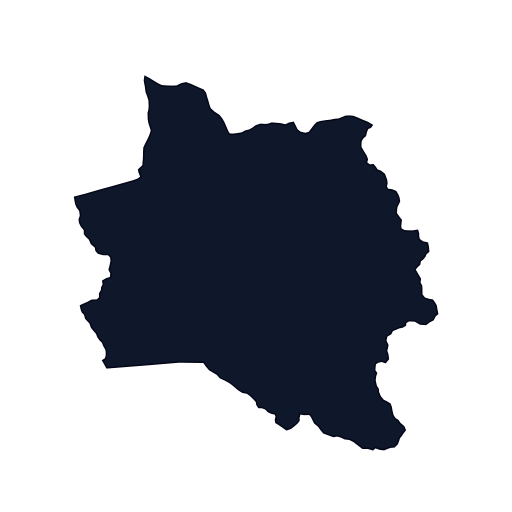 the district of Cachoeiras de Macacu, Rio de Janeiro, Brazil, rotated 105°
{"feature_id": "56859067B22364453208609", "entity_name": "Cachoeiras de Macacu", "entity_type": "district", "adm_level": 2, "iso_a3": "BRA", "parent_name": "Brazil", "parent_adm1": "Rio de Janeiro", "projection": "equal_earth", "projection_center": [-42.734, -22.52], "detail": "fine", "context": "isolated", "style": "filled", "palette": "ink", "viewbox_px": 512, "rotation_deg": 105, "n_neighbors": 0, "source": "geoboundaries", "source_scale": "gbopen_adm2", "svg_char_len": 4148}
<svg xmlns="http://www.w3.org/2000/svg" viewBox="0 0 512 512"><g transform="rotate(105 256 256)"><path d="M415.9,181.5L413.6,178.1L409.9,175.2L406.7,173.1L403.9,171.9L400.9,172.8L397.0,172.8L396.6,168.6L395.0,163.2L397.0,160.6L399.3,158.6L402.1,156.1L404.3,151.4L406.8,148.4L409.3,144.9L409.7,140.9L410.3,134.5L408.7,131.1L408.7,127.3L409.5,122.8L408.8,118.3L409.8,113.5L412.2,107.8L414.1,103.2L412.7,98.0L412.9,93.0L410.2,91.3L410.5,86.1L409.9,82.2L408.0,79.8L405.8,76.6L404.6,73.1L401.1,71.0L397.8,70.6L394.7,70.5L392.0,69.3L388.5,68.1L385.5,66.8L382.6,69.1L380.3,73.8L378.1,76.4L377.1,79.6L374.5,82.5L370.5,84.7L366.7,86.5L364.2,88.4L363.1,92.4L362.4,95.8L359.5,99.8L355.9,102.5L352.9,103.6L350.7,106.1L348.3,107.4L345.1,109.0L341.1,109.5L337.9,109.3L335.8,111.8L332.1,112.5L329.4,112.9L327.0,110.9L325.1,107.4L325.4,103.4L321.2,101.5L317.1,103.2L313.7,105.4L310.8,105.4L307.9,105.7L304.2,108.8L299.6,109.0L296.2,105.7L292.7,105.0L290.6,102.3L288.2,99.2L286.6,96.0L284.3,93.8L281.5,94.2L278.8,91.4L277.6,85.5L279.2,79.8L278.1,74.2L274.6,71.5L271.8,68.4L267.2,67.4L264.9,65.6L260.6,67.7L257.3,69.2L254.8,71.7L252.9,74.2L253.3,77.6L253.1,82.3L250.4,85.9L246.3,87.0L242.1,88.3L239.3,90.9L235.5,91.4L231.7,95.3L227.9,99.1L224.6,97.6L221.8,95.8L218.2,96.1L215.8,94.2L212.8,92.8L209.8,92.4L207.0,90.4L202.8,91.9L199.1,93.8L199.3,98.7L197.7,102.7L195.0,104.1L192.0,105.0L189.4,106.6L191.3,110.8L192.5,115.4L193.2,118.9L192.5,122.8L190.2,124.0L187.6,124.5L183.8,125.0L181.5,128.0L178.3,131.8L174.2,132.5L171.7,132.7L169.2,132.2L166.1,131.6L162.7,133.1L160.3,134.9L157.5,137.7L157.0,141.9L157.6,146.0L155.3,148.2L151.8,148.4L148.5,149.8L143.8,153.2L141.9,157.7L141.6,161.3L139.4,163.7L137.5,166.4L138.8,169.6L137.4,173.5L133.8,173.5L130.9,175.6L127.8,178.9L123.8,182.9L120.3,183.9L117.3,184.3L114.2,183.3L111.5,181.5L107.3,181.6L103.8,181.1L102.1,178.7L99.5,177.7L98.1,182.7L97.4,188.5L96.6,193.7L96.1,198.0L96.7,201.8L97.9,205.6L100.3,208.7L102.4,211.5L104.0,215.8L105.8,219.3L107.2,223.0L109.5,228.2L111.5,231.5L114.8,233.3L119.0,235.0L122.9,236.6L124.9,239.9L125.1,245.3L123.5,249.0L120.1,252.0L117.3,254.5L119.2,258.3L121.9,261.5L122.0,266.2L122.8,270.9L123.6,275.2L125.5,277.9L126.7,280.8L127.7,285.8L130.4,289.8L133.4,292.1L136.2,295.0L138.2,298.7L140.8,301.3L142.8,305.6L144.5,309.9L145.2,313.3L142.8,315.8L140.0,318.0L137.7,319.8L135.1,321.9L132.5,324.5L129.9,328.0L127.9,333.9L125.5,338.5L122.3,340.7L118.9,342.7L115.6,344.8L111.8,347.0L109.4,350.0L108.7,355.0L107.8,360.3L107.3,363.5L106.9,368.5L109.0,372.5L112.5,376.6L113.8,380.8L114.9,385.4L116.0,391.2L115.2,395.5L113.8,400.4L112.5,404.7L111.3,409.7L115.3,409.2L117.7,408.1L121.2,406.4L125.7,404.6L130.1,401.5L133.3,399.5L139.1,397.7L142.7,397.1L145.8,397.1L148.7,396.2L151.4,395.4L154.0,394.3L156.3,393.0L159.0,391.2L161.9,389.4L166.4,389.6L170.9,390.3L173.6,390.9L176.9,391.6L180.4,392.2L185.2,391.2L188.7,390.3L191.9,389.6L194.5,389.2L197.8,388.5L203.0,391.7L205.4,390.5L209.2,387.6L212.1,389.6L215.2,393.9L222.2,405.7L227.9,415.3L231.0,420.7L232.9,423.9L241.4,438.0L246.1,446.4L249.7,444.8L252.8,443.2L254.9,441.5L257.9,437.8L262.6,435.9L266.4,436.2L269.5,434.9L272.6,432.2L275.2,428.4L279.0,427.4L280.9,424.9L282.9,421.2L286.7,418.2L289.1,413.3L292.2,411.9L294.1,409.0L294.1,404.1L292.8,399.0L294.7,395.9L298.2,394.6L303.4,394.3L307.2,394.3L310.2,391.6L314.5,390.9L316.7,394.5L319.7,397.5L323.1,396.1L326.2,396.8L329.2,396.3L332.6,397.3L336.7,396.2L339.8,398.2L341.3,403.2L344.6,406.7L347.0,409.7L349.4,412.6L352.4,411.1L355.1,409.2L356.7,406.4L360.4,404.3L363.7,399.0L367.6,396.3L369.7,393.4L372.0,390.0L375.2,387.6L377.4,384.9L379.1,381.9L382.3,379.5L385.1,376.7L387.5,375.6L391.1,374.7L394.2,374.8L396.6,377.0L399.7,373.9L402.6,371.1L388.4,331.0L384.1,319.1L378.2,302.7L372.2,279.0L375.3,275.2L377.9,271.4L378.8,268.3L380.2,263.1L382.8,259.0L383.7,254.0L384.9,249.0L386.1,245.8L387.5,242.8L389.6,238.5L391.1,233.6L390.7,229.1L392.1,225.4L394.6,220.9L396.7,217.8L399.4,216.6L401.6,214.2L400.8,210.8L401.2,207.1L403.2,203.8L403.8,200.0L403.6,196.6L405.8,194.9L409.1,194.8L411.7,193.7L412.9,189.7L414.3,185.8L415.9,181.5Z" fill="#0f172a" stroke="#020617" stroke-width="1.5"/></g></svg>